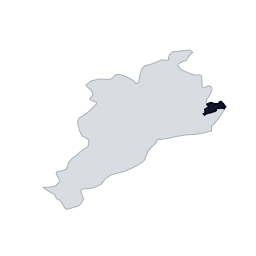 where Kobarid sits in Slovenia, rotated 161°
{"feature_id": "SVN-1029", "entity_name": "Kobarid", "entity_type": "Municipality", "adm_level": 1, "iso_a3": "SVN", "parent_name": "Slovenia", "parent_adm1": "", "projection": "natural_earth1", "projection_center": [13.548, 46.244], "detail": "fine", "context": "in_parent", "style": "filled", "palette": "ink", "viewbox_px": 256, "rotation_deg": 161, "n_neighbors": 0, "source": "natural_earth", "source_scale": "10m", "svg_char_len": 2366}
<svg xmlns="http://www.w3.org/2000/svg" viewBox="0 0 256 256"><g transform="rotate(161 128 128)"><path d="M227.3,99.5L221.7,97.6L215.0,96.8L213.7,97.8L211.1,98.9L209.7,100.8L210.8,108.4L209.2,109.7L201.6,109.0L199.1,109.8L195.0,115.1L190.8,117.4L185.4,118.9L181.4,120.9L176.3,122.5L172.0,123.5L170.4,125.8L169.3,128.4L169.6,130.9L174.1,135.7L174.7,140.9L174.3,147.3L173.3,150.7L171.6,153.0L160.8,155.9L149.7,161.1L149.4,162.3L154.5,166.9L154.8,168.1L150.5,170.7L150.2,173.4L150.7,176.4L152.9,179.6L153.8,182.4L147.6,184.5L139.3,183.7L129.4,179.8L125.9,180.4L122.6,182.4L119.1,181.5L115.3,179.1L110.0,174.0L107.4,170.9L106.3,167.6L104.9,167.2L102.6,168.1L100.8,172.1L95.9,179.3L92.3,181.3L86.8,180.9L79.1,181.0L74.3,181.6L68.4,179.0L67.0,179.5L67.0,181.2L64.8,183.8L61.2,185.5L44.5,181.7L42.1,178.4L45.9,176.9L51.1,172.7L54.7,173.2L59.0,172.3L60.9,170.6L58.1,165.3L51.2,158.8L47.5,156.3L42.5,154.7L41.6,152.9L44.4,142.7L43.5,141.3L37.8,141.7L36.4,140.7L35.9,138.9L36.3,136.5L40.2,132.5L44.5,128.9L45.7,127.0L45.6,125.4L40.0,123.9L36.7,122.3L34.0,121.7L32.2,122.6L30.8,121.6L29.5,118.6L30.8,114.2L35.8,110.0L41.2,106.3L45.8,103.7L48.5,102.5L49.8,97.9L52.6,98.4L58.1,98.6L64.2,99.7L69.9,101.0L75.0,102.6L85.6,104.3L95.2,105.3L98.1,106.3L100.5,106.2L103.4,107.6L105.1,106.5L106.4,104.7L111.6,102.5L116.4,99.6L119.8,96.0L121.7,93.1L125.0,91.1L128.5,90.5L131.7,89.4L145.3,88.1L159.3,89.2L166.0,87.2L171.5,83.6L179.5,82.7L179.9,82.6L192.0,85.3L192.9,83.7L193.4,83.1L193.1,75.4L196.8,71.9L200.3,70.5L212.3,70.9L213.9,73.3L214.6,76.9L215.7,81.8L217.7,83.1L218.8,85.1L218.7,88.4L221.1,91.0L226.6,97.8L227.3,99.5Z" fill="#d9dde1" stroke="#a8b0b8" stroke-width="1"/><path d="M31.5,122.9L31.0,122.2L30.8,121.1L29.9,120.1L29.5,118.1L29.2,117.1L28.7,116.3L30.3,115.4L30.6,115.0L31.1,115.3L32.1,115.9L32.9,116.2L34.0,116.6L35.7,117.1L38.1,117.4L38.9,117.0L39.1,116.7L39.0,116.3L38.8,116.0L39.2,115.7L40.3,115.4L42.5,115.6L45.4,115.5L46.7,115.9L48.0,116.0L51.5,115.4L52.1,116.7L51.5,116.7L51.0,116.8L50.4,117.4L49.9,118.1L49.5,119.5L49.3,120.5L48.9,120.9L47.7,120.9L47.3,121.0L46.5,121.4L46.3,121.5L46.0,121.5L45.7,121.4L45.3,121.6L45.0,122.1L44.9,122.8L44.9,123.2L44.9,123.5L45.8,124.3L45.2,125.0L44.4,124.9L42.5,125.1L40.9,124.9L39.0,123.2L37.8,122.5L36.1,122.1L35.2,121.7L33.3,121.6L32.3,121.3L33.2,122.7L31.5,122.9Z" fill="#0f172a" stroke="#020617" stroke-width="1.5"/></g></svg>